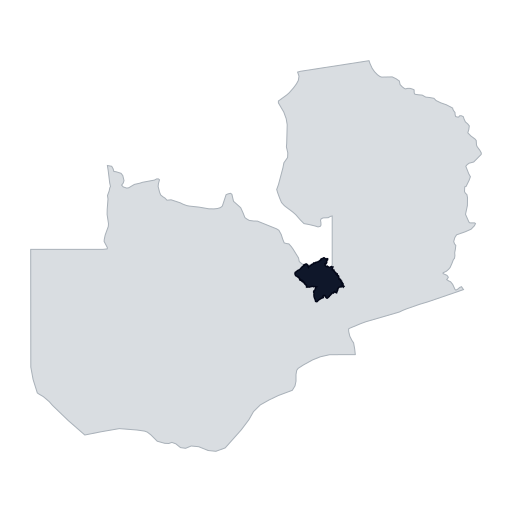 location of Mkushi, Central, Zambia
{"feature_id": "96606910B76461295717926", "entity_name": "Mkushi", "entity_type": "district", "adm_level": 2, "iso_a3": "ZMB", "parent_name": "Zambia", "parent_adm1": "Central", "projection": "mercator", "projection_center": [29.248, -13.765], "detail": "fine", "context": "in_parent", "style": "filled", "palette": "ink", "viewbox_px": 512, "rotation_deg": 0, "n_neighbors": 0, "source": "geoboundaries", "source_scale": "gbopen_adm2", "svg_char_len": 8827}
<svg xmlns="http://www.w3.org/2000/svg" viewBox="0 0 512 512"><path d="M355.3,354.6L329.6,354.7L320.3,356.8L312.6,359.9L303.5,364.9L298.1,368.4L296.7,370.4L296.0,374.6L296.0,381.2L295.0,385.9L292.3,390.3L278.4,395.5L269.2,399.9L260.3,404.9L253.5,411.6L248.9,419.7L241.3,429.8L225.2,447.9L215.9,451.3L208.1,450.5L198.7,446.7L191.2,446.0L185.6,448.3L180.5,447.6L175.8,443.8L171.9,442.4L168.7,443.5L164.7,443.3L157.2,441.2L150.8,434.8L147.3,432.1L144.6,431.1L136.9,430.0L119.3,428.6L100.9,431.8L84.8,435.0L68.4,420.7L52.6,405.5L49.3,401.7L43.3,396.6L39.0,394.1L37.3,392.9L33.1,379.5L30.8,367.1L30.7,249.4L102.6,249.4L107.2,248.9L107.4,247.7L104.1,241.4L104.3,239.2L105.2,235.0L108.3,226.5L108.5,223.7L107.1,214.5L107.2,209.4L108.0,199.0L107.5,195.5L109.2,190.9L109.8,187.8L110.5,186.5L109.7,182.9L108.2,170.6L107.4,165.5L111.7,166.3L113.1,168.8L113.9,171.5L115.9,171.7L121.0,173.3L122.8,175.6L124.0,180.6L123.2,183.1L121.6,185.1L123.2,186.9L126.7,188.1L128.7,187.8L134.4,184.4L139.8,183.2L142.5,182.3L154.4,180.1L156.7,178.9L158.4,178.9L159.5,179.8L158.5,183.3L158.1,186.4L159.6,192.3L160.7,195.0L163.2,197.0L165.0,198.1L167.0,200.2L171.1,199.8L180.2,202.8L183.0,204.2L186.8,205.6L189.5,206.1L198.9,207.1L208.8,208.8L213.9,208.9L217.6,208.5L220.1,207.7L221.7,206.7L222.4,205.9L226.1,194.7L228.0,193.9L230.5,193.3L231.9,194.3L233.5,201.3L240.7,207.7L243.1,213.0L244.9,217.6L246.5,218.8L249.2,220.4L253.6,221.0L257.4,221.1L276.7,228.9L278.9,230.3L281.2,234.5L282.7,239.2L284.2,242.9L286.7,243.6L288.9,243.9L291.1,246.4L292.8,248.7L298.5,257.9L299.3,261.6L302.1,264.0L305.8,265.0L309.3,265.2L311.3,264.1L316.2,262.2L320.1,260.0L322.9,259.2L324.5,259.7L325.8,261.2L326.6,265.8L329.4,267.4L331.4,266.7L332.2,264.9L332.2,264.0L332.2,216.0L330.4,216.4L328.2,217.7L323.1,217.9L321.1,218.9L320.5,220.4L320.9,222.4L321.0,225.1L320.2,226.4L318.0,226.9L314.8,225.9L308.9,224.5L304.0,223.6L300.5,220.1L295.7,214.6L292.6,211.9L285.1,206.3L283.8,205.1L281.5,202.5L279.6,198.0L277.7,192.8L276.7,189.5L278.5,184.5L282.9,167.9L283.9,162.8L287.6,157.5L287.8,152.9L286.4,146.9L286.7,143.6L287.2,124.7L286.2,118.7L283.8,112.1L278.4,102.9L278.4,101.0L286.7,95.0L289.2,92.8L293.5,87.9L296.5,83.8L298.3,80.5L299.0,76.2L297.6,72.1L300.4,71.3L369.0,60.7L370.0,63.6L372.1,68.2L374.5,71.7L377.4,74.7L379.9,76.5L381.6,77.1L392.2,76.9L396.0,78.7L399.3,81.0L400.1,84.6L402.3,86.9L404.6,88.6L405.6,88.9L407.4,88.4L410.2,88.4L412.8,89.2L414.1,89.9L414.2,93.0L415.0,94.3L418.6,94.8L422.2,95.1L425.7,97.1L429.5,97.5L433.9,98.3L436.0,100.5L440.7,102.8L446.4,104.8L452.7,108.1L452.8,109.2L453.9,111.1L455.0,112.5L455.1,114.6L455.6,116.5L457.2,117.0L458.6,117.1L459.8,115.7L461.5,115.8L463.3,116.7L464.0,118.9L465.4,121.9L467.7,123.9L469.3,125.9L468.8,129.5L467.8,132.8L470.9,136.0L475.1,139.1L476.2,140.5L476.5,145.1L477.1,146.6L479.9,150.4L481.3,153.0L481.2,154.4L473.7,162.0L469.1,163.2L467.1,164.7L465.8,166.3L468.8,173.9L470.4,176.7L469.1,180.3L466.1,186.4L464.7,186.9L464.5,191.6L465.4,193.2L466.9,194.6L467.5,197.7L467.4,205.5L465.5,214.3L468.9,222.0L470.0,222.9L474.7,222.9L475.5,223.6L474.4,225.8L471.1,229.2L465.2,231.8L456.6,234.8L454.8,237.6L453.7,241.6L454.6,244.0L455.8,245.4L455.4,249.0L454.7,252.7L454.9,255.7L454.5,258.3L453.4,259.6L451.9,263.5L450.1,267.5L448.6,269.3L446.4,271.2L443.1,272.8L443.1,273.6L447.0,275.4L448.0,276.7L448.3,277.5L446.7,279.6L448.5,280.8L450.6,281.8L452.7,284.4L455.0,289.4L455.5,289.9L456.1,290.0L457.4,289.4L459.8,287.4L461.5,286.7L463.5,289.6L427.7,301.9L419.3,304.4L406.7,308.8L402.7,310.4L399.4,312.0L366.0,321.7L360.8,323.6L349.0,328.5L348.6,329.3L348.7,331.6L349.8,336.2L351.9,340.4L353.6,342.9L354.7,349.1L355.3,354.6Z" fill="#d9dde1" stroke="#a8b0b8" stroke-width="1"/><path d="M306.6,286.9L307.1,286.6L307.3,287.0L307.6,287.1L307.8,286.9L308.5,287.0L309.0,287.1L309.3,287.1L310.1,286.9L310.6,286.7L311.1,286.7L312.0,286.3L312.6,286.4L313.2,286.6L313.3,286.5L313.7,286.8L314.8,286.5L315.6,286.8L316.2,286.7L316.5,286.8L316.1,287.0L315.7,287.9L315.7,288.1L315.4,288.5L315.2,289.1L315.1,289.7L315.0,289.9L314.8,290.2L314.2,290.6L314.0,290.9L313.8,291.1L313.8,291.7L313.6,292.0L314.1,293.3L314.0,294.3L313.9,294.7L314.1,296.8L314.8,298.9L315.2,299.4L315.3,299.9L315.5,301.0L315.6,301.4L316.6,301.7L316.9,301.6L317.1,301.6L318.6,300.0L321.7,298.1L323.1,297.7L323.3,297.5L323.2,296.7L322.8,296.4L323.1,295.9L323.4,295.6L323.8,295.4L324.1,295.4L324.6,295.8L324.9,295.8L325.1,295.7L325.3,295.9L325.4,296.2L325.3,296.4L325.4,296.6L326.0,297.4L326.2,297.5L326.3,297.7L326.5,297.9L326.8,298.1L327.1,298.2L327.6,297.9L329.3,296.4L329.4,296.0L330.5,295.0L331.1,294.2L331.6,293.9L331.7,293.4L332.1,293.0L333.0,293.0L333.3,293.1L333.5,293.0L333.6,292.7L333.5,292.4L333.7,292.2L334.0,292.3L334.3,292.2L334.5,291.7L334.7,291.9L335.4,291.9L335.6,291.9L335.7,292.0L335.7,292.3L336.0,292.2L336.1,292.3L336.3,292.3L336.6,292.6L336.7,292.2L336.8,292.1L337.1,291.6L337.1,290.8L337.3,290.7L337.6,290.4L337.6,289.8L337.8,289.5L337.6,289.1L337.7,288.7L337.9,288.6L338.1,288.4L338.9,287.4L339.5,287.0L339.8,286.8L340.0,286.8L340.4,286.9L340.4,286.7L340.6,286.6L340.9,286.4L341.0,286.6L341.4,286.5L341.5,286.7L341.9,286.4L342.0,286.4L342.2,286.5L342.2,286.3L342.3,286.4L342.8,286.4L342.8,286.5L343.2,286.6L343.3,286.6L343.4,286.8L343.5,286.6L343.8,286.5L343.7,286.4L343.8,286.1L343.7,286.0L343.4,286.1L343.3,285.8L343.0,285.6L342.9,285.3L343.1,284.6L342.9,284.3L342.7,284.2L342.8,284.1L343.0,283.6L342.9,283.5L342.4,283.5L342.5,283.4L342.2,283.2L342.2,282.8L342.0,282.6L342.1,282.3L341.8,282.2L341.6,282.0L341.5,281.7L341.0,281.3L340.9,281.4L340.7,280.8L340.9,280.7L340.5,280.5L340.4,280.3L340.4,280.0L340.5,280.0L340.6,279.7L340.3,279.5L340.1,279.4L339.7,279.1L339.4,279.1L339.2,279.1L339.3,278.9L339.1,278.9L339.1,278.7L338.8,278.3L338.8,278.1L338.9,277.9L338.7,277.7L338.6,277.3L338.5,277.2L338.7,276.8L338.6,276.7L338.5,276.4L338.5,275.9L338.0,275.6L337.6,275.6L337.2,275.4L337.3,275.1L337.3,274.5L337.1,274.5L337.1,274.3L336.9,274.2L337.0,273.9L336.0,273.9L336.0,273.6L336.0,273.1L335.9,273.1L335.7,272.9L335.4,272.7L335.3,272.4L335.0,272.3L334.7,271.7L334.4,271.4L334.1,271.3L334.1,270.8L334.0,270.6L333.8,270.5L333.9,270.1L333.5,270.0L333.3,269.9L332.2,269.7L332.2,269.2L332.9,267.0L332.7,267.0L332.2,267.0L331.8,266.7L331.4,266.6L331.2,266.7L330.5,267.0L330.2,267.3L329.8,267.4L329.5,267.6L329.2,267.4L328.4,267.2L328.2,266.8L327.8,266.5L327.4,266.2L327.0,266.6L326.8,266.7L326.6,266.7L326.0,266.5L325.6,266.0L325.1,265.5L325.2,264.6L324.8,263.9L324.8,263.7L325.0,263.6L325.3,263.6L325.5,263.5L325.8,263.6L326.0,263.4L326.3,263.3L326.6,262.9L326.6,262.3L326.8,262.1L326.6,261.3L326.4,261.0L327.4,260.0L327.6,259.8L327.6,259.6L327.6,259.3L327.4,259.4L327.3,259.0L327.4,258.7L327.0,258.6L326.4,259.0L326.1,259.1L325.8,259.0L324.6,258.2L324.4,257.9L323.8,257.8L323.7,257.8L322.9,258.4L322.7,258.4L322.5,258.5L321.8,258.7L321.5,258.9L321.5,259.0L321.2,259.1L321.2,259.3L321.0,259.2L320.7,259.8L320.3,260.3L319.6,260.9L319.4,261.1L319.1,261.3L318.5,261.8L317.5,262.0L316.4,262.4L315.6,262.4L315.3,262.6L315.2,263.2L315.1,263.4L314.7,263.3L314.2,263.0L313.6,263.0L313.4,263.5L313.0,264.1L312.8,264.2L311.7,264.6L310.6,265.6L310.1,265.9L309.5,266.1L308.5,266.9L308.4,267.2L308.1,266.6L308.3,266.2L308.0,265.6L307.9,265.4L307.7,265.4L307.6,265.2L307.0,264.4L306.7,264.5L306.2,264.2L306.3,264.0L306.1,263.9L305.8,264.2L305.6,264.2L305.3,264.4L305.0,264.4L304.0,264.9L303.4,265.3L303.1,265.4L304.3,265.4L304.2,265.5L303.8,265.6L303.4,266.1L302.6,266.4L302.5,266.6L302.3,266.9L302.2,266.9L302.1,267.1L301.9,267.2L301.7,267.3L301.4,267.7L300.9,268.2L300.7,268.6L299.6,269.6L299.1,269.9L299.0,270.0L298.5,270.1L298.3,270.2L298.0,270.4L297.9,270.4L297.5,270.7L297.4,270.9L297.2,271.0L296.4,271.5L296.2,271.8L296.0,272.0L295.8,272.2L295.6,272.2L295.5,272.5L295.2,272.5L295.0,273.2L295.1,273.3L295.2,273.6L295.1,273.8L295.0,274.0L295.1,274.3L295.3,274.9L295.4,275.1L295.6,275.4L295.7,275.7L296.0,275.8L296.3,276.0L296.6,276.1L296.8,276.2L297.3,276.5L297.5,276.9L297.8,276.9L297.8,277.0L298.6,277.2L298.7,277.5L298.8,277.5L299.0,278.0L299.3,278.2L299.3,278.4L299.6,278.6L299.6,278.8L299.7,279.1L299.6,279.4L299.7,279.6L299.8,279.6L299.9,279.9L300.0,280.1L300.3,280.1L300.5,279.9L300.6,280.2L300.9,280.1L300.9,280.3L301.0,280.3L301.1,280.2L301.3,280.4L301.5,280.4L301.3,280.5L301.5,280.6L301.6,280.8L301.8,281.0L302.0,280.9L301.8,280.8L301.8,280.7L302.1,280.6L302.1,280.8L302.1,281.2L302.1,281.3L302.3,281.3L302.4,281.5L302.5,281.6L302.7,281.8L303.0,282.0L303.3,281.9L303.4,282.0L303.5,282.0L303.6,281.8L303.7,282.0L303.8,282.3L303.9,282.2L304.0,282.3L304.0,282.5L304.0,282.8L304.3,283.1L304.5,283.0L304.5,283.4L304.7,283.8L305.0,283.7L305.1,283.8L305.3,284.1L305.3,284.3L305.7,284.5L305.8,284.8L306.0,284.9L305.9,285.0L306.0,285.2L306.3,285.4L306.4,286.0L306.6,286.3L306.6,286.5L306.6,286.9Z" fill="#0f172a" stroke="#020617" stroke-width="1.5"/></svg>